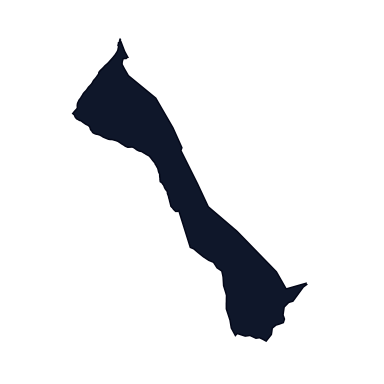 Belvedere, Soufrière, Saint Lucia (Robinson projection), rotated 18°
{"feature_id": "8701671B92172840318225", "entity_name": "Belvedere", "entity_type": "district", "adm_level": 2, "iso_a3": "LCA", "parent_name": "Saint Lucia", "parent_adm1": "Soufrière", "projection": "robinson", "projection_center": [-61.062, 13.892], "detail": "fine", "context": "isolated", "style": "filled", "palette": "ink", "viewbox_px": 384, "rotation_deg": 18, "n_neighbors": 0, "source": "geoboundaries", "source_scale": "gbopen_adm2", "svg_char_len": 4807}
<svg xmlns="http://www.w3.org/2000/svg" viewBox="0 0 384 384"><g transform="rotate(18 192 192)"><path d="M329.7,244.5L328.7,244.0L328.6,243.6L311.5,255.1L296.9,241.8L247.0,215.5L212.0,201.0L194.8,182.6L168.6,156.0L168.7,153.0L154.0,136.8L128.5,113.9L95.5,101.0L89.6,95.7L86.0,92.2L85.4,89.7L85.3,86.4L88.1,85.4L89.0,83.8L89.3,83.7L84.4,79.0L77.7,70.7L76.4,69.7L76.5,69.4L76.7,69.1L76.4,68.9L76.3,69.6L76.3,70.2L76.7,70.5L77.0,70.8L77.6,71.1L77.9,71.4L78.0,71.6L78.5,72.1L78.4,72.3L77.8,72.0L77.4,71.7L76.7,71.4L76.3,72.2L75.9,72.9L76.0,73.2L76.2,73.6L76.3,74.1L76.3,74.7L76.2,75.0L76.3,75.5L76.9,76.0L77.1,76.1L77.3,76.7L77.4,78.1L77.5,79.1L77.7,79.9L77.6,80.1L77.6,80.6L77.5,81.3L77.4,81.9L77.3,82.2L77.1,83.1L76.3,86.0L76.0,86.6L75.3,88.5L74.3,90.8L73.5,92.6L72.6,94.7L71.9,96.1L71.0,97.5L70.7,98.1L70.4,98.5L70.0,99.3L69.5,100.5L69.1,101.3L68.5,102.5L67.5,104.3L67.0,105.4L66.8,105.9L66.6,106.5L66.5,107.1L66.6,108.0L66.8,108.3L66.7,108.8L66.3,109.9L66.0,110.9L65.6,112.3L64.8,114.4L64.1,115.9L63.9,116.7L63.7,117.2L63.6,118.4L63.4,119.1L63.2,119.6L63.2,119.9L62.8,121.0L62.5,121.5L62.1,122.5L61.6,123.4L61.2,124.2L60.9,125.2L60.6,126.1L60.5,126.7L60.2,127.5L59.9,128.3L59.5,129.1L58.9,130.3L58.6,131.0L58.1,132.4L58.0,133.3L57.7,134.5L57.4,135.4L57.2,136.7L56.7,138.1L56.3,139.0L56.1,140.1L55.8,142.5L55.8,143.6L56.2,145.5L56.7,146.6L56.9,147.3L56.9,147.7L56.7,148.7L56.1,149.9L55.6,151.0L55.0,152.3L55.0,152.7L54.6,153.5L54.3,154.2L56.1,155.0L56.5,155.2L56.8,155.6L57.0,155.9L57.4,156.4L57.7,156.7L58.0,157.0L58.3,157.2L58.8,157.5L59.1,157.7L59.5,157.9L59.9,158.1L60.5,158.2L61.0,158.2L61.7,158.4L63.0,158.7L63.5,158.6L63.8,158.6L64.3,158.6L64.7,158.7L65.5,158.9L66.7,159.4L68.4,159.9L69.7,160.3L70.8,160.5L72.6,160.7L73.2,161.0L73.8,161.2L74.2,161.4L74.6,161.7L74.8,162.0L75.0,162.2L75.3,162.5L75.5,162.9L75.7,163.2L75.9,163.5L76.1,163.8L76.4,164.0L76.8,164.4L77.3,164.7L77.7,164.9L78.1,165.1L78.4,165.4L78.8,165.8L79.2,166.1L79.4,166.2L80.9,166.5L82.1,166.6L83.0,166.6L83.7,166.5L84.0,166.4L86.5,166.3L87.1,166.4L87.6,166.5L88.2,166.6L88.8,166.7L89.8,167.0L90.6,167.2L91.7,167.3L94.3,167.5L95.5,167.6L96.4,167.6L97.2,167.5L98.1,167.3L98.8,167.1L99.7,166.8L100.7,166.7L101.8,166.7L103.7,166.6L105.7,166.7L106.1,166.7L106.6,166.9L107.8,167.2L109.1,167.6L110.4,168.0L111.8,168.3L112.7,168.5L113.6,168.8L114.2,169.0L114.6,169.1L115.2,169.1L116.8,169.3L117.1,169.3L117.4,169.2L118.4,168.8L120.2,168.1L120.9,167.8L121.3,167.7L121.7,167.7L122.2,167.7L122.6,167.8L123.0,167.8L124.9,168.4L125.3,168.5L125.6,168.6L125.8,168.8L126.2,168.9L128.6,169.3L128.8,169.3L129.2,169.3L129.6,169.3L130.4,169.2L131.3,169.1L131.6,169.1L132.3,169.2L133.0,169.4L134.1,169.7L134.7,169.8L135.7,170.0L136.6,170.3L138.9,170.7L139.3,170.8L139.7,170.9L140.0,170.9L140.3,171.0L140.6,171.1L140.8,171.3L141.1,171.5L143.1,172.8L144.9,174.1L146.2,174.9L147.2,175.5L148.3,176.4L148.4,176.8L149.6,177.7L150.7,178.8L152.0,179.9L152.1,180.1L152.5,180.5L152.8,181.2L153.0,181.4L153.2,181.8L153.5,182.2L153.8,182.8L154.0,183.1L154.3,183.4L154.5,183.7L155.0,184.2L155.5,184.8L155.7,185.1L156.0,185.5L156.1,186.0L156.2,186.5L156.4,186.9L156.5,187.2L156.7,187.6L156.8,187.9L157.0,188.2L157.2,188.5L157.3,188.7L157.4,189.1L157.5,189.5L157.7,190.0L157.9,190.5L158.1,190.8L158.2,191.0L158.3,191.4L158.5,191.7L158.6,191.9L158.8,192.1L159.5,192.2L159.9,192.3L160.3,192.5L160.6,192.6L161.0,192.9L161.5,193.3L161.8,193.6L162.1,193.7L162.5,194.0L162.9,194.3L163.2,194.6L163.5,194.9L163.9,195.5L164.3,196.0L164.9,196.6L165.3,197.0L165.6,197.3L165.9,197.5L166.7,198.1L167.4,198.6L167.9,198.9L168.2,199.1L168.4,199.3L168.6,199.7L168.7,200.0L168.9,200.4L169.0,200.8L169.3,201.2L169.5,201.5L169.8,201.9L170.1,202.3L170.4,202.6L170.6,202.8L170.8,203.1L171.9,205.0L172.5,205.8L172.8,206.3L173.2,206.9L173.5,207.5L173.7,207.8L174.0,208.2L174.2,208.5L174.4,208.9L174.7,209.3L174.9,209.6L175.1,210.0L175.3,210.3L175.5,210.6L175.7,210.9L175.9,211.3L176.1,211.6L176.2,211.9L176.4,212.1L176.6,212.2L176.8,212.3L177.4,212.7L177.8,212.8L178.2,213.0L178.5,213.2L179.1,213.7L179.9,214.2L180.0,214.3L182.5,215.5L184.3,214.9L185.2,213.8L207.5,245.2L211.2,245.5L216.3,247.6L222.9,250.1L229.1,251.8L234.2,252.2L239.3,256.4L243.6,257.6L244.8,258.0L246.4,260.7L247.7,263.0L248.1,263.9L251.0,271.3L255.3,277.4L256.8,279.7L257.7,282.8L258.7,285.9L259.0,287.1L260.8,292.6L265.7,299.3L267.8,302.2L271.4,309.2L277.2,314.7L277.6,315.1L277.9,314.4L278.5,313.2L278.7,312.6L278.9,312.6L281.6,312.6L287.1,312.6L288.2,312.1L291.5,310.5L292.2,310.6L298.0,311.3L301.3,309.7L304.2,310.1L304.4,310.1L308.6,310.9L311.5,303.0L311.1,300.5L310.4,296.7L313.0,292.6L314.3,291.7L315.5,290.9L316.8,289.9L319.2,288.0L319.2,284.3L318.2,282.9L316.6,280.9L315.2,273.0L317.7,267.9L318.1,267.2L319.3,266.3L321.7,264.7L327.2,248.0L329.7,244.5Z" fill="#0f172a" stroke="#020617" stroke-width="1.5"/></g></svg>